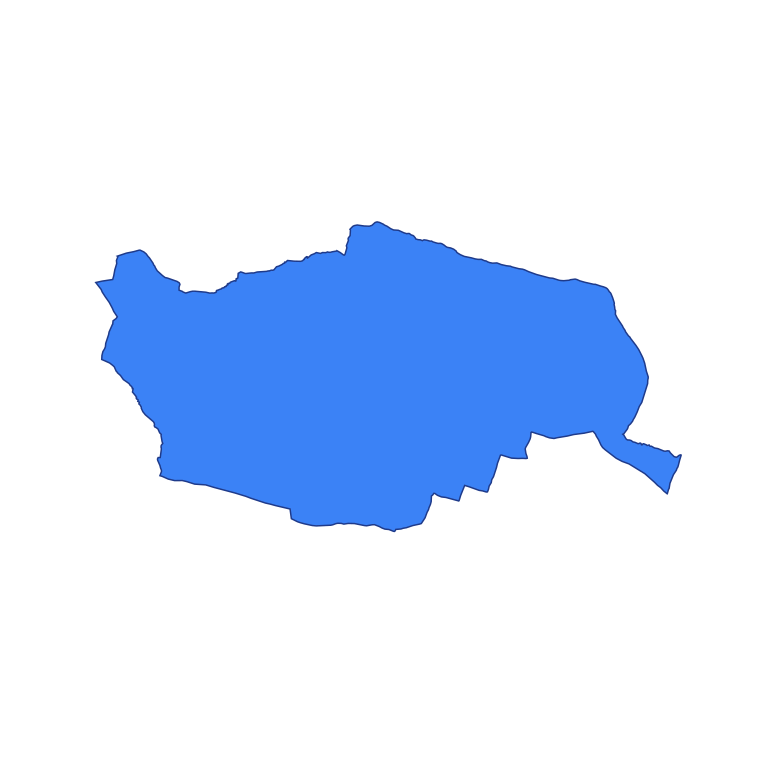 Meru, Arusha, United Republic of Tanzania (Robinson projection), rotated 107°
{"feature_id": "72390352B99598192663387", "entity_name": "Meru", "entity_type": "district", "adm_level": 2, "iso_a3": "TZA", "parent_name": "United Republic of Tanzania", "parent_adm1": "Arusha", "projection": "robinson", "projection_center": [36.903, -3.323], "detail": "fine", "context": "isolated", "style": "filled", "palette": "blue", "viewbox_px": 768, "rotation_deg": 107, "n_neighbors": 0, "source": "geoboundaries", "source_scale": "gbopen_adm2", "svg_char_len": 6132}
<svg xmlns="http://www.w3.org/2000/svg" viewBox="0 0 768 768"><g transform="rotate(107 384 384)"><path d="M339.7,676.4L339.9,675.7L344.1,676.0L347.0,674.8L353.5,674.8L359.5,674.1L363.4,674.0L368.0,683.6L371.2,689.3L376.3,682.1L378.5,680.3L382.2,675.9L386.3,670.6L390.9,666.0L393.6,663.7L397.7,658.7L399.7,659.3L402.8,661.6L406.1,660.9L406.3,661.1L414.6,662.1L417.3,661.8L426.5,662.0L429.9,661.3L432.1,661.5L435.2,662.3L439.1,662.1L443.1,661.1L444.1,652.6L445.5,648.9L446.4,647.0L450.0,643.9L450.9,642.3L451.2,642.2L452.9,638.5L456.0,634.5L458.1,628.0L459.6,626.2L460.0,625.0L460.9,623.9L461.8,623.4L461.5,623.1L462.0,622.5L465.2,622.2L468.2,617.7L468.9,617.2L469.0,616.8L470.0,616.8L470.7,616.1L470.7,615.2L471.2,614.4L472.6,614.4L473.0,612.6L474.7,612.6L475.2,611.4L477.0,609.4L478.2,609.0L481.0,606.5L483.2,603.3L487.4,593.7L488.2,592.6L489.9,591.6L490.8,591.6L491.8,591.0L492.2,590.4L492.3,589.2L493.1,587.0L496.0,584.5L496.7,583.6L497.3,582.3L498.6,582.1L504.1,579.3L505.5,578.2L507.8,579.1L509.6,578.8L510.1,578.3L511.8,577.8L519.7,576.5L520.4,578.5L522.0,578.7L523.2,578.1L527.5,574.4L529.7,573.1L531.4,571.7L532.9,571.2L537.2,571.5L537.2,569.0L538.0,562.6L537.6,556.0L535.3,548.7L535.0,544.0L535.1,535.8L532.6,525.0L532.6,516.5L531.8,494.7L531.8,483.3L532.2,477.5L532.5,462.6L532.1,457.2L532.0,452.6L531.0,437.3L539.9,433.2L541.0,426.5L541.1,423.4L541.0,419.3L540.3,411.2L539.5,407.3L534.6,393.6L533.6,391.8L531.6,389.2L530.7,387.5L529.8,384.2L529.7,381.4L527.8,377.5L526.1,371.4L525.1,361.3L524.7,359.2L522.1,354.2L521.3,351.9L521.7,346.7L522.3,343.8L522.5,340.7L521.7,336.7L522.1,332.0L522.0,331.0L521.2,330.4L519.6,330.2L517.7,325.4L516.3,323.4L514.9,320.6L510.9,315.0L507.5,308.9L506.5,307.5L499.9,305.6L494.2,305.3L491.0,304.7L489.1,304.8L485.6,304.4L482.7,304.5L477.2,305.9L476.0,305.0L474.0,304.4L473.8,303.3L474.8,300.4L475.2,296.1L474.4,291.6L474.0,278.3L473.5,278.1L468.1,278.1L457.4,277.2L457.4,272.7L457.9,261.9L457.4,258.4L457.4,255.1L457.2,253.9L456.8,253.5L454.3,253.3L450.9,253.6L447.0,252.6L444.0,253.0L440.6,252.2L431.0,252.0L426.6,252.3L418.0,251.8L417.6,251.0L417.6,240.4L416.0,233.9L414.6,229.8L413.7,226.2L413.1,225.3L411.6,226.0L408.9,228.0L404.8,230.0L403.4,230.0L397.6,228.7L393.9,228.2L391.7,228.3L387.4,229.2L386.9,229.0L386.7,227.7L386.8,223.8L386.7,215.7L387.0,214.0L387.1,210.0L386.4,205.5L384.7,202.6L380.2,193.5L376.8,187.7L372.5,178.2L368.2,170.5L368.3,169.9L370.2,167.0L371.7,165.8L374.6,162.5L378.9,158.7L380.2,157.1L380.8,156.4L382.3,153.1L387.1,140.3L388.4,133.6L388.8,126.3L393.5,108.3L398.9,96.5L400.9,92.8L402.2,89.2L404.6,85.1L406.2,81.1L405.8,81.0L401.7,81.1L400.6,80.8L395.4,81.5L386.1,80.7L381.0,79.2L379.1,79.2L378.0,78.8L376.3,78.7L370.2,79.0L365.4,79.0L365.0,79.2L365.1,79.8L365.8,80.8L368.4,82.7L368.6,83.4L368.6,85.4L366.2,89.9L364.7,91.8L365.0,93.4L366.0,95.2L366.3,96.7L365.7,103.2L366.1,106.6L365.3,110.1L365.7,111.1L365.5,111.9L364.8,112.6L365.9,114.4L365.5,115.2L365.2,118.2L365.5,118.8L366.8,119.5L366.8,120.1L365.9,120.7L365.6,121.2L365.6,121.9L366.2,122.5L366.8,123.6L366.4,127.0L366.6,128.9L365.8,131.2L365.8,132.8L366.3,134.8L366.1,135.6L365.7,136.5L362.7,139.8L362.2,140.9L361.5,140.1L356.2,138.2L355.2,138.0L352.4,138.0L350.1,136.6L346.9,135.4L345.1,135.2L342.4,134.5L336.7,133.7L330.8,133.3L326.3,132.1L306.6,132.0L303.2,132.9L301.0,133.1L299.8,133.5L295.1,136.8L287.9,140.8L283.6,143.9L281.6,145.7L276.7,150.4L273.4,154.4L268.4,161.4L267.2,162.7L266.5,164.3L263.4,168.3L262.2,169.2L260.1,171.8L258.8,172.9L252.6,180.4L249.7,183.1L246.1,184.0L245.2,185.0L242.8,186.0L240.7,187.2L239.6,187.3L238.5,187.9L234.6,190.6L231.2,193.4L230.5,194.2L229.8,195.7L228.9,196.5L227.6,198.4L227.1,199.9L226.9,202.6L227.0,205.3L226.9,209.7L226.9,211.4L227.3,212.2L228.0,221.6L228.1,226.8L227.7,230.2L227.8,231.9L229.8,236.3L230.6,237.2L232.7,242.4L233.4,245.4L233.6,247.1L233.5,253.4L234.2,256.8L234.7,270.0L234.3,278.5L233.7,282.9L233.7,285.2L234.3,288.6L234.6,295.7L234.4,297.6L235.1,301.3L235.5,306.7L235.2,311.4L236.7,315.5L237.0,318.5L236.9,320.6L236.5,322.1L236.7,324.2L236.3,327.3L237.3,330.4L237.7,333.3L237.8,337.2L238.5,344.5L238.0,348.8L237.3,351.5L236.9,352.8L235.8,353.8L234.7,356.8L234.4,360.0L234.8,363.4L234.5,364.9L233.6,367.1L232.9,369.8L233.0,371.3L233.7,373.3L233.8,374.9L233.8,378.7L233.4,380.3L233.9,381.6L234.0,385.2L234.4,387.7L234.8,388.4L235.7,389.2L235.5,391.3L236.0,393.7L236.0,396.0L235.1,396.8L233.8,398.8L233.5,399.7L233.5,401.5L232.7,403.7L233.0,405.0L233.6,406.2L233.6,409.0L232.8,415.2L233.9,419.9L233.5,423.0L232.2,427.3L231.9,430.0L231.4,431.2L230.8,435.5L231.0,438.0L232.1,439.7L235.9,442.0L237.4,444.2L238.7,449.2L239.8,456.1L241.2,458.7L242.2,459.8L243.6,460.6L246.0,461.8L246.3,461.3L247.0,461.0L252.0,459.8L254.7,460.8L255.7,460.8L257.2,460.0L262.9,460.4L264.2,459.5L265.2,459.3L270.9,459.2L271.8,459.3L272.4,459.7L272.4,460.5L271.1,464.3L270.3,468.0L270.6,468.0L272.7,472.2L273.8,473.9L274.2,475.4L274.2,476.6L275.4,478.1L276.3,481.3L277.7,482.9L278.1,487.2L279.6,488.5L281.9,491.4L285.9,493.9L285.7,494.5L284.8,494.7L284.9,495.3L287.1,496.7L288.1,496.7L288.1,497.0L289.9,497.9L291.0,499.4L292.8,505.8L294.1,512.4L296.2,513.6L296.5,514.6L297.4,514.4L298.1,515.5L299.4,516.3L302.1,519.2L303.3,521.1L307.1,522.7L307.8,523.8L308.1,525.1L309.5,526.9L309.7,527.8L310.6,529.2L314.0,538.1L315.9,541.0L316.6,543.4L318.6,548.1L318.9,549.1L318.7,552.1L318.7,553.8L320.8,555.8L325.4,554.8L326.1,555.2L326.3,555.9L326.9,556.2L327.8,555.8L328.9,555.9L329.0,557.3L331.6,560.7L332.7,561.0L333.5,562.5L334.2,563.0L334.8,562.9L334.9,562.5L336.1,563.6L336.5,563.4L337.0,563.6L337.7,564.9L338.7,565.2L339.6,566.9L340.5,567.3L342.0,569.4L342.7,570.0L343.1,571.0L343.7,571.5L344.4,571.5L344.8,571.2L345.6,571.6L346.8,573.4L347.2,575.1L348.0,577.1L348.3,581.2L350.6,592.2L351.2,594.1L352.2,596.0L355.0,600.2L354.8,602.9L354.4,603.9L354.2,607.4L351.3,608.3L348.3,608.3L347.1,609.4L346.4,611.9L346.0,621.9L346.2,624.5L345.0,627.7L342.1,633.9L339.6,636.7L338.4,637.6L337.4,639.1L336.0,640.2L331.9,645.3L331.1,646.8L329.1,649.4L327.9,652.3L327.3,656.4L327.5,657.1L330.7,662.2L334.2,668.7L339.7,676.4Z" fill="#3b82f6" stroke="#1e3a8a" stroke-width="1.5"/></g></svg>